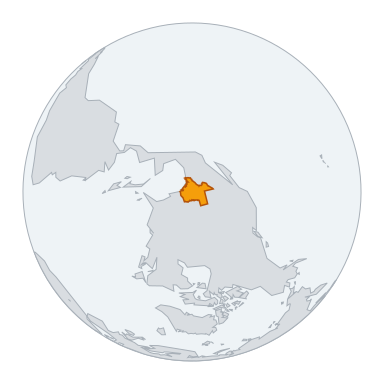 Texas highlighted on a globe, orthographic projection, rotated 163°
{"feature_id": "USA-3536", "entity_name": "Texas", "entity_type": "State", "adm_level": 1, "iso_a3": "USA", "parent_name": "United States of America", "parent_adm1": "", "projection": "orthographic", "projection_center": [-98.169, 31.172], "detail": "fine", "context": "on_globe", "style": "filled", "palette": "amber", "viewbox_px": 384, "rotation_deg": 163, "n_neighbors": 0, "source": "natural_earth", "source_scale": "10m", "svg_char_len": 13638}
<svg xmlns="http://www.w3.org/2000/svg" viewBox="0 0 384 384"><g transform="rotate(163 192 192)"><circle cx="192" cy="192" r="169" fill="#eef3f6" stroke="#a8b0b8"/><path d="M249.1,252.4L245.3,251.4L241.8,256.7L228.0,251.2L222.5,242.4L177.1,229.3L171.8,224.2L170.7,215.9L151.0,187.0L161.7,213.9L154.8,208.6L148.6,198.8L151.1,196.7L145.6,182.4L138.9,176.4L135.1,158.3L141.7,136.4L144.4,140.3L145.7,135.0L142.4,130.0L139.8,128.1L139.7,106.6L130.0,93.6L122.3,94.5L127.6,90.8L109.9,96.4L101.7,94.7L113.9,93.7L117.3,91.5L113.2,88.6L115.8,85.8L115.3,82.9L118.9,79.9L125.7,80.1L128.1,78.3L125.0,76.4L126.6,72.6L130.8,75.6L134.0,69.4L146.0,69.7L154.3,81.8L163.8,81.1L179.9,91.6L181.3,88.7L188.3,91.5L192.5,89.4L194.3,92.4L196.1,88.1L193.7,85.8L193.7,83.3L195.9,82.0L198.6,85.4L197.9,86.6L199.8,87.0L200.2,89.3L201.3,87.4L204.3,92.0L204.7,85.6L209.9,87.8L211.0,91.4L206.4,93.3L197.6,108.1L197.3,113.2L201.4,117.9L218.4,121.4L219.9,126.4L225.2,131.4L226.4,127.3L222.7,122.1L226.3,116.2L221.4,111.0L222.2,108.0L218.9,102.1L224.2,100.7L231.1,102.6L234.1,107.6L237.2,108.8L238.3,102.4L247.5,110.7L260.2,114.8L262.0,117.4L258.7,124.9L248.9,128.5L244.6,139.9L252.3,130.3L256.8,137.9L259.6,138.5L262.2,137.1L262.4,133.5L265.0,135.8L258.4,145.7L255.9,143.7L258.0,140.4L253.4,142.4L249.0,149.9L251.7,153.6L242.2,162.3L244.0,165.2L242.9,169.0L240.7,163.7L244.5,173.7L233.7,188.0L238.7,205.8L228.6,193.2L221.7,192.7L213.8,194.1L214.5,197.0L203.1,196.1L194.1,203.2L192.8,217.6L198.3,228.1L210.8,227.4L213.7,221.1L222.3,218.7L218.1,235.4L233.5,235.5L233.1,247.3L237.9,252.4L245.1,249.6L252.8,250.8L257.5,243.1L265.4,237.4L266.4,246.5L270.1,236.9L275.0,240.0L290.3,234.4L289.3,236.9L302.3,242.6L314.9,241.1L317.9,245.9L316.5,250.6L320.6,249.3L320.6,251.8L335.4,245.3L341.8,245.4L340.7,253.8L333.8,267.9L323.8,289.9L310.3,303.3L304.4,311.4L289.5,325.3L281.6,328.5L281.3,331.3L274.8,335.5L269.1,337.9L265.9,340.7L261.5,342.2L262.9,342.7L252.7,347.8L252.1,349.1L243.9,352.3L243.6,352.7L241.6,353.3L238.8,354.2L237.5,354.6L232.8,355.5L234.8,353.9L239.0,352.2L236.4,352.6L245.6,347.8L241.8,349.3L248.0,342.7L256.2,335.4L266.7,313.5L264.5,309.7L253.7,306.9L240.9,290.6L245.3,281.6L242.1,278.2L252.5,263.7L249.1,252.4ZM57.2,189.6L58.0,185.8L59.0,189.1L57.2,189.6ZM57.6,182.9L57.5,184.3L57.4,183.0L57.6,182.9ZM56.9,181.6L57.4,182.5L56.7,181.8L56.9,181.6ZM55.7,180.2L56.4,180.8L55.7,180.2ZM238.9,212.0L256.4,216.8L247.4,220.0L249.0,218.1L244.3,215.5L236.0,213.8L227.8,217.1L238.9,212.0ZM54.5,177.1L54.2,176.2L54.9,176.4L54.5,177.1ZM244.5,200.6L241.6,200.6L244.4,199.9L244.5,200.6ZM138.3,127.8L142.0,130.3L144.1,136.1L140.7,134.3L138.3,127.8ZM134.7,117.5L137.2,117.6L135.6,122.8L134.6,121.1L134.7,117.5ZM116.2,96.1L118.8,97.5L115.4,97.2L116.2,96.1ZM114.6,83.0L113.1,83.6L113.5,81.9L114.6,83.0ZM216.2,103.4L217.6,102.8L217.5,104.2L216.2,103.4ZM213.6,101.5L212.6,103.6L211.1,103.0L211.8,101.8L213.6,101.5ZM119.3,75.9L120.4,73.2L120.4,76.0L119.3,75.9ZM215.2,99.2L208.8,101.8L206.3,100.8L206.8,95.3L215.2,99.2ZM121.8,71.7L124.5,65.7L121.3,66.3L132.0,61.5L126.1,68.0L126.7,71.1L124.4,70.3L121.8,71.7ZM192.0,85.7L194.7,88.1L190.3,87.4L192.0,85.7ZM189.2,86.0L175.8,88.4L173.0,84.5L178.0,84.3L172.6,80.6L177.8,77.5L181.9,78.9L182.7,81.9L184.1,78.5L189.2,86.0ZM137.4,60.1L139.1,58.9L138.7,60.3L137.4,60.1ZM193.3,82.3L190.9,83.0L188.3,79.6L192.7,77.7L192.1,79.3L193.3,82.3ZM168.7,81.3L167.5,78.7L171.4,75.4L171.4,74.0L177.7,77.2L168.7,81.3ZM193.8,79.4L195.0,76.8L198.3,77.2L195.5,81.4L193.8,79.4ZM185.7,79.6L184.7,78.0L186.7,78.2L185.7,79.6ZM210.6,77.8L207.8,78.4L206.1,76.7L210.6,77.8ZM195.1,75.8L194.0,75.7L193.0,75.1L194.4,73.6L195.1,75.8ZM179.9,74.7L181.8,74.0L177.6,73.2L180.3,71.0L184.0,73.6L183.5,71.5L184.4,70.8L186.4,73.8L179.9,74.7ZM192.9,70.5L198.6,73.4L204.2,72.5L205.8,74.0L196.4,75.2L192.9,70.5ZM188.9,72.1L191.8,71.4L192.3,73.4L190.7,75.2L188.9,72.1ZM180.8,68.6L175.7,71.4L175.1,70.7L180.8,68.6ZM194.5,69.8L193.1,69.1L194.8,69.5L194.5,69.8ZM184.9,68.4L183.2,69.4L182.5,68.7L184.9,68.4ZM191.7,67.0L193.5,67.9L192.5,69.1L191.7,67.0ZM188.5,67.3L188.0,66.1L191.1,69.0L187.8,67.9L188.5,67.3ZM184.5,67.5L183.6,67.4L185.3,67.2L184.5,67.5ZM194.6,62.3L198.7,65.7L196.4,68.2L192.7,64.5L194.6,62.3ZM238.9,354.3L232.7,355.7L237.1,354.8L242.5,353.1L244.9,352.5L238.9,354.3ZM256.8,348.0L254.8,348.8L259.7,346.8L260.1,346.6L256.8,348.0ZM281.7,48.8L282.4,49.2L285.1,51.0L302.7,64.4L302.8,64.4L307.5,68.7L306.3,67.7L303.7,65.4L301.9,66.3L305.5,69.1L307.4,68.8L308.5,70.1L313.4,74.7L310.5,72.2L307.5,72.6L313.0,80.8L326.8,98.3L328.6,103.7L327.2,106.2L315.5,94.7L312.6,84.1L308.5,80.6L303.3,79.8L302.9,76.9L300.5,75.5L298.8,71.8L290.9,64.7L288.4,61.2L279.9,56.9L277.4,54.8L283.2,57.7L285.8,58.2L278.9,50.7L276.0,48.8L271.0,46.8L269.7,45.3L265.8,44.4L259.2,40.3L263.9,44.8L258.2,43.4L251.2,40.5L250.2,41.0L261.5,45.9L265.3,47.2L267.1,46.9L278.0,52.1L281.6,55.2L273.4,53.4L277.5,57.7L269.3,55.0L243.8,42.4L235.9,38.4L234.3,33.1L239.3,34.1L242.3,36.4L244.5,34.9L241.9,34.7L240.9,33.6L235.1,32.6L234.1,31.9L230.3,32.4L228.4,31.4L230.8,31.1L220.7,29.3L215.3,27.7L213.5,27.7L213.1,28.2L206.5,26.1L205.5,26.3L207.2,27.0L206.3,27.8L202.2,28.8L200.1,28.0L201.3,27.5L200.8,25.7L204.4,25.1L203.2,24.9L199.5,25.3L200.2,27.4L198.2,28.3L197.2,27.1L197.4,27.5L195.8,27.7L192.3,27.3L193.1,28.7L178.2,33.5L169.9,33.7L170.7,31.8L158.1,35.9L149.7,36.8L151.4,37.3L146.5,40.2L149.0,39.9L149.5,40.4L138.0,49.1L133.7,50.8L130.7,56.1L131.5,56.5L134.5,55.4L132.0,61.5L121.3,66.3L119.9,65.0L114.1,69.2L111.8,66.1L107.2,65.8L108.1,60.6L104.4,61.2L102.5,62.9L96.1,65.3L89.3,65.4L103.0,57.9L114.8,58.5L110.6,57.4L114.0,55.7L114.0,54.1L110.9,53.8L109.0,54.9L116.4,45.8L113.8,43.8L108.1,47.7L102.8,50.6L94.8,54.0L95.6,53.2L106.0,46.6L116.8,40.7L128.1,35.6L139.6,31.4L151.5,28.0L163.5,25.5L175.7,23.8L188.0,23.1L200.4,23.2L212.6,24.3L224.8,26.3L236.8,29.1L248.5,32.8L260.0,37.3L271.1,42.7L281.7,48.8ZM360.1,175.2L360.5,180.7L359.4,180.1L353.2,169.1L351.0,158.6L346.9,150.5L329.0,104.7L329.4,101.3L320.0,83.2L319.5,82.1L325.2,88.5L324.0,86.5L331.2,96.2L337.7,106.5L343.5,117.2L348.5,128.3L352.6,139.7L356.0,151.3L358.5,163.2L360.1,175.2ZM340.0,122.9L341.6,125.5L340.0,122.9ZM290.7,234.1L292.6,235.2L290.3,236.1L290.7,234.1ZM246.7,224.2L250.2,223.7L252.2,224.8L249.6,225.8L246.7,224.2ZM274.7,217.1L278.4,216.8L274.8,218.8L274.7,217.1ZM259.1,217.3L271.7,217.7L264.5,222.7L256.5,222.5L261.8,220.3L259.1,217.3ZM243.9,206.7L246.2,207.0L245.9,208.9L243.9,206.7ZM246.6,200.2L245.8,200.6L244.4,199.3L246.6,200.2ZM257.2,137.3L257.8,136.6L260.7,135.9L259.9,137.7L257.2,137.3ZM270.3,125.1L274.1,129.2L270.8,127.3L270.4,130.3L262.9,130.5L262.6,118.8L264.1,123.9L270.3,125.1ZM252.8,128.0L257.6,128.8L252.3,128.4L252.8,128.0ZM288.6,72.9L289.9,72.0L293.3,74.4L296.4,80.1L291.6,76.6L288.6,72.9ZM290.9,70.4L281.9,67.7L279.6,64.5L282.4,66.7L281.8,64.8L286.2,67.9L292.8,67.9L296.2,70.1L300.1,78.7L297.0,74.5L295.9,75.4L290.9,70.4ZM262.9,70.5L259.0,70.4L259.1,63.3L262.7,64.3L266.1,69.7L263.8,71.8L262.9,70.5ZM217.3,89.4L215.8,90.6L215.0,89.5L215.7,87.6L217.3,89.4ZM209.4,78.3L223.1,83.5L222.1,85.0L231.3,86.8L232.2,91.5L226.2,90.1L233.8,95.4L228.7,96.1L234.1,99.3L220.6,95.7L216.4,96.8L220.8,93.6L220.1,89.1L218.5,87.5L210.9,84.0L201.3,84.7L199.1,80.8L200.1,77.8L202.1,77.0L202.9,79.7L204.9,76.8L207.6,80.2L209.4,78.3ZM212.9,51.0L213.0,53.5L217.5,50.0L220.2,52.6L220.6,52.1L224.3,53.6L229.4,54.7L230.0,56.1L231.8,55.9L234.3,57.1L236.9,57.4L238.8,60.2L242.1,60.9L241.1,61.8L246.4,62.4L243.3,63.3L246.3,65.2L247.7,63.3L251.7,79.6L255.8,86.4L260.8,91.8L254.9,93.2L246.5,89.2L237.7,83.0L234.6,76.6L232.5,78.6L230.4,76.2L233.0,75.6L227.8,75.1L226.8,73.1L218.9,68.9L212.1,70.0L209.1,68.7L211.2,67.2L206.7,67.0L208.7,63.5L206.6,62.6L206.4,58.4L211.7,56.5L208.9,55.6L208.7,52.7L212.9,51.0ZM194.7,61.1L200.5,57.8L204.8,57.7L203.4,65.0L205.0,66.4L204.2,71.5L198.0,71.7L198.8,70.1L198.1,68.7L200.3,69.2L198.0,67.8L199.1,65.7L197.6,64.0L199.9,63.3L194.7,61.1ZM316.3,78.4L315.5,77.2L313.5,74.9L316.6,78.0L316.3,78.4ZM314.5,78.7L313.3,77.1L316.7,79.9L317.5,81.3L314.5,78.7ZM309.8,74.1L313.0,76.8L311.8,76.2L309.8,74.1ZM281.8,56.4L280.2,54.9L281.2,55.1L283.4,56.4L281.8,56.4ZM226.9,42.7L226.2,43.8L225.1,43.5L220.8,44.8L218.4,43.2L220.1,41.8L226.9,42.7ZM223.6,41.2L222.1,41.8L221.9,40.7L223.6,41.2ZM216.5,42.1L215.7,40.8L217.6,43.2L216.5,42.1ZM201.5,31.4L210.1,31.1L214.8,30.5L215.0,29.2L218.4,31.2L211.2,32.1L201.5,31.4ZM181.3,33.2L181.2,34.8L178.8,34.5L178.5,34.1L181.3,33.2ZM183.0,33.8L187.4,35.0L185.7,36.2L182.6,35.0L183.0,33.8ZM205.8,37.1L208.5,37.1L208.6,38.0L205.8,37.1ZM83.0,62.9L82.7,63.2L79.3,66.1L83.0,62.9ZM84.7,61.5L89.4,58.3L83.9,63.0L81.7,64.7L81.8,64.1L84.7,61.6L84.7,61.5ZM88.9,59.0L91.8,56.7L104.7,49.8L106.1,49.7L93.3,56.7L95.3,55.0L93.1,56.1L88.9,59.0ZM137.7,58.6L139.0,58.8L137.1,59.5L137.7,58.6ZM151.0,40.2L151.2,41.1L149.0,41.6L151.0,40.2ZM150.7,43.8L153.0,42.5L151.4,44.2L150.7,43.8ZM158.1,39.8L154.4,42.2L156.7,39.5L158.1,39.8Z" fill="#d9dde1" stroke="#a8b0b8" stroke-width="1"/><path d="M171.3,189.5L171.0,189.2L170.8,188.7L179.8,189.3L180.5,176.1L187.7,176.3L187.6,181.9L187.8,182.0L188.3,182.5L188.5,182.5L188.6,182.4L189.0,182.5L189.0,182.3L189.3,182.4L189.5,182.7L189.5,182.9L189.5,183.0L190.0,183.0L190.7,183.3L191.0,183.2L191.2,183.4L191.4,183.4L191.6,183.2L191.9,183.3L192.2,183.2L192.2,183.6L192.5,183.7L192.5,184.0L192.8,184.1L193.3,183.7L193.4,183.9L193.7,184.0L193.8,184.2L194.0,184.1L194.3,183.9L194.4,184.0L194.4,184.3L194.5,184.5L194.6,184.4L194.7,184.2L194.8,184.1L194.9,183.8L195.0,183.8L195.2,184.0L195.5,184.1L195.7,183.9L195.8,183.9L195.9,184.1L196.0,184.2L196.1,184.3L196.3,184.3L196.5,184.5L196.6,184.3L196.8,184.3L197.0,184.1L197.5,183.9L197.7,184.0L197.8,184.0L197.9,183.9L198.2,183.8L198.3,183.7L198.4,183.8L198.5,184.0L198.9,184.0L198.9,183.9L199.1,183.9L199.1,183.7L199.7,183.9L199.8,184.0L200.1,184.3L200.4,184.3L200.5,184.4L201.1,184.6L201.3,184.7L201.3,184.8L201.5,184.7L201.8,184.7L202.1,184.8L202.3,189.4L202.7,189.7L202.8,190.0L202.9,190.5L203.2,190.8L203.4,191.2L203.3,191.3L203.4,191.5L203.5,191.7L203.6,192.0L203.7,192.4L203.6,192.6L203.6,192.8L203.4,193.5L203.3,193.8L203.2,194.1L203.3,194.4L203.3,195.0L203.2,195.3L202.8,195.6L202.8,195.9L203.0,196.1L202.4,196.2L201.0,196.9L200.7,197.2L200.9,196.9L201.2,196.7L201.4,196.7L201.2,196.6L200.7,196.7L200.8,196.5L200.9,196.2L200.6,196.0L200.4,196.3L200.0,196.1L199.9,196.2L200.2,196.3L200.2,196.5L200.4,196.8L200.2,196.9L200.3,197.0L200.6,197.2L200.4,197.2L200.4,197.4L199.9,197.8L199.7,197.7L199.8,197.8L199.8,198.2L199.2,198.6L198.6,199.0L198.4,199.1L198.1,199.1L197.7,199.3L197.8,199.4L198.3,199.2L198.0,199.4L197.6,199.5L197.1,199.9L197.2,199.7L197.7,199.5L197.6,199.4L197.0,199.6L197.3,199.5L197.1,199.5L197.1,199.3L196.9,199.3L196.7,199.4L196.6,199.2L196.5,199.4L196.7,199.5L196.3,199.6L196.5,199.6L196.5,199.4L196.4,199.5L196.3,199.4L196.2,199.4L196.1,199.2L195.9,199.2L196.0,199.5L196.3,199.7L196.3,199.8L196.2,199.9L196.4,199.9L196.6,200.0L195.9,200.4L195.8,200.1L195.7,200.1L195.6,199.9L195.5,200.0L195.4,200.1L195.6,200.3L195.6,200.5L195.4,200.9L195.2,201.0L195.3,200.8L195.2,200.7L195.3,200.6L195.1,200.7L195.2,200.8L195.0,200.7L194.8,200.9L194.6,200.9L194.5,201.1L194.7,201.3L194.8,201.1L195.0,201.0L194.6,201.8L194.4,201.9L194.5,201.8L194.4,201.7L194.1,201.8L194.2,201.7L193.8,201.8L193.7,201.7L193.8,201.8L194.0,201.8L194.1,202.1L194.4,202.2L194.0,203.3L193.7,203.5L193.6,203.4L193.8,203.4L193.7,203.3L193.9,203.3L193.8,203.1L193.4,203.4L193.2,203.0L193.0,202.9L193.2,203.3L193.3,203.4L193.2,203.4L193.6,203.6L193.9,203.5L193.9,203.8L193.8,204.0L193.6,204.3L193.6,204.5L193.8,204.6L193.6,204.6L193.6,204.8L193.8,204.9L194.0,205.7L193.9,205.7L193.8,205.8L193.9,206.0L194.1,206.1L194.1,206.4L194.3,206.4L194.2,206.5L194.3,206.9L194.5,207.0L194.4,207.0L194.5,207.3L194.6,207.2L194.7,207.3L194.4,207.3L194.3,207.5L194.2,207.4L194.2,207.5L193.7,207.5L193.3,207.1L193.1,207.1L192.4,207.0L192.2,207.0L191.9,207.0L191.7,206.9L191.4,206.8L191.5,206.7L191.3,206.6L191.2,206.6L190.9,206.5L190.7,206.5L190.3,206.1L190.1,206.1L189.9,206.1L189.5,206.0L189.6,205.8L189.5,205.7L189.4,205.6L189.2,204.8L188.8,204.4L188.8,204.2L188.6,204.1L188.7,203.7L188.5,203.4L188.6,203.0L188.6,202.8L188.5,202.5L188.3,202.4L188.1,202.4L187.9,202.1L187.7,202.0L187.5,201.7L187.4,201.5L187.4,201.4L187.1,200.9L186.8,200.7L186.7,200.6L186.5,200.3L186.3,199.9L186.3,199.7L186.2,199.5L186.1,199.4L186.0,199.2L185.9,198.8L185.8,198.7L185.7,198.6L185.6,198.0L185.3,197.8L185.2,197.6L184.7,197.2L184.2,196.7L183.9,196.5L184.0,196.4L183.8,196.3L183.7,196.0L183.6,195.9L183.4,196.0L183.4,195.9L183.3,196.0L183.1,196.0L182.7,195.9L181.9,195.9L181.4,195.6L181.2,195.9L180.9,195.9L180.4,196.0L180.0,196.8L180.0,197.1L179.9,197.1L179.8,197.4L179.9,197.5L179.6,197.6L179.5,197.8L179.3,197.9L179.2,198.1L178.8,198.1L178.7,198.0L178.2,197.6L177.8,197.5L177.6,197.4L177.6,197.2L177.2,197.2L176.9,197.0L176.4,196.4L176.2,196.4L175.9,196.2L175.7,196.0L175.7,195.6L175.4,195.1L175.4,194.8L175.4,194.4L175.0,193.7L174.9,193.1L174.7,193.1L174.7,192.9L174.2,192.5L173.8,192.4L173.4,191.9L173.3,191.7L172.9,191.3L172.4,190.7L171.8,190.4L171.5,189.6L171.4,189.5L171.3,189.5ZM194.7,202.1L194.9,201.8L194.6,202.4L194.4,202.8L194.1,203.6L194.1,203.3L194.4,202.4L194.5,202.4L194.7,202.1ZM194.6,206.4L194.7,206.9L194.4,205.8L194.1,205.1L194.0,204.8L194.0,203.9L194.0,203.7L194.1,204.5L194.2,205.0L194.6,206.4ZM196.5,200.2L196.5,200.3L195.8,200.8L195.5,201.1L195.6,200.9L195.8,200.7L196.3,200.3L196.5,200.3L196.5,200.2ZM200.6,197.2L200.8,197.3L199.9,198.0L199.9,197.9L200.6,197.3L200.6,197.2ZM195.4,200.9L195.4,201.0L195.0,201.8L195.0,201.6L195.2,201.3L195.4,200.9ZM196.7,200.1L196.8,200.0L197.0,199.9L196.9,200.0L196.7,200.1Z" fill="#f59e0b" stroke="#b45309" stroke-width="1.5"/></g></svg>